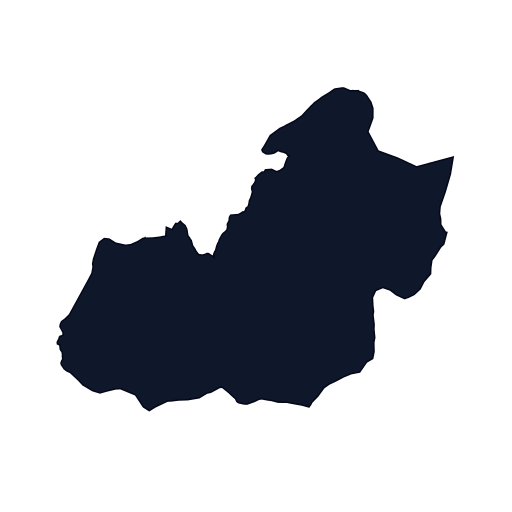 outline of Mashegu, Niger, Nigeria, rotated 173°
{"feature_id": "59680162B45761990386675", "entity_name": "Mashegu", "entity_type": "district", "adm_level": 2, "iso_a3": "NGA", "parent_name": "Nigeria", "parent_adm1": "Niger", "projection": "natural_earth1", "projection_center": [5.371, 9.82], "detail": "fine", "context": "isolated", "style": "filled", "palette": "ink", "viewbox_px": 512, "rotation_deg": 173, "n_neighbors": 0, "source": "geoboundaries", "source_scale": "gbopen_adm2", "svg_char_len": 3703}
<svg xmlns="http://www.w3.org/2000/svg" viewBox="0 0 512 512"><g transform="rotate(173 256 256)"><path d="M341.5,295.5L343.2,286.6L345.7,286.7L348.8,286.4L356.1,286.4L363.4,287.1L363.7,287.2L363.8,287.4L363.9,287.7L364.6,287.2L366.0,287.3L371.6,284.7L378.9,282.5L384.2,282.5L393.9,285.9L399.7,290.7L404.5,291.8L409.8,288.7L413.2,282.2L417.6,272.9L419.1,268.1L419.0,265.0L421.0,258.7L425.6,252.1L448.3,220.5L453.4,216.6L457.0,214.6L458.0,212.9L458.5,212.1L459.2,209.8L458.7,208.5L458.0,206.7L457.2,204.5L456.8,203.4L457.2,201.1L458.9,200.3L459.2,200.3L460.2,200.3L461.1,199.4L461.2,199.0L461.6,198.0L462.4,196.8L462.8,196.3L463.8,194.6L463.8,192.9L462.6,192.1L462.4,192.1L461.6,191.8L461.6,190.2L461.6,189.6L461.6,187.0L461.3,186.5L460.1,184.2L460.1,183.2L460.1,181.8L460.1,181.7L460.4,179.7L460.4,178.4L460.4,177.2L461.2,176.1L461.8,175.2L462.6,173.5L462.5,172.6L462.4,171.8L462.3,171.6L460.1,167.3L457.5,164.8L454.6,163.1L447.3,154.4L443.4,149.0L442.4,148.3L434.5,142.2L427.5,139.1L421.3,140.1L411.8,141.2L406.8,140.9L392.5,132.8L386.2,120.0L380.8,115.5L374.9,118.3L361.6,122.8L357.5,122.5L350.5,122.5L341.3,121.7L329.7,122.2L321.5,125.9L320.8,126.0L317.8,126.2L313.3,127.9L308.4,129.9L305.5,129.9L303.6,127.9L299.5,123.7L297.0,120.6L294.9,118.2L293.7,116.9L292.7,113.8L291.0,112.4L286.2,110.7L283.0,110.1L275.3,111.8L270.4,113.5L267.5,113.5L264.1,112.4L262.2,111.8L258.1,110.7L251.8,108.2L242.8,107.0L240.0,106.0L228.6,102.5L221.8,99.7L219.7,102.0L218.5,103.9L211.8,109.3L204.7,116.9L198.9,120.0L191.4,122.5L184.2,125.3L175.9,127.6L167.2,128.2L164.3,131.5L159.2,137.2L152.7,140.0L150.5,146.7L149.6,155.8L148.1,160.5L147.9,168.7L147.1,173.8L147.1,183.1L146.1,186.5L146.1,192.3L145.5,200.6L141.5,207.1L138.2,208.1L134.0,209.3L127.0,205.9L121.4,200.4L113.7,195.6L109.6,196.5L103.8,198.5L97.1,203.3L92.6,210.0L84.9,217.0L83.9,223.3L81.9,230.6L80.6,231.8L78.4,234.1L71.6,242.4L68.2,244.9L63.7,256.2L65.0,256.5L68.8,264.6L68.2,270.3L68.7,275.6L67.3,282.5L60.4,296.6L53.1,313.6L48.2,330.2L85.9,324.9L103.8,336.1L122.0,345.4L129.8,365.7L123.2,378.8L122.0,388.3L123.2,394.6L126.8,401.9L128.3,403.8L129.0,404.5L130.9,405.6L133.1,406.5L134.4,407.7L137.8,407.9L139.7,408.4L142.1,408.4L148.3,412.0L149.9,412.3L157.6,412.1L160.4,410.7L162.9,409.3L171.3,405.5L175.7,402.9L177.2,402.1L179.3,401.0L181.1,399.5L183.2,398.0L185.4,396.1L186.5,395.3L187.7,394.3L193.1,389.7L196.1,388.0L197.2,387.5L201.7,385.1L209.9,382.2L212.1,381.2L216.8,379.7L219.7,378.0L227.1,373.9L233.9,364.7L237.2,360.7L236.7,358.7L233.7,356.2L231.1,355.7L227.9,355.7L225.3,356.1L222.9,357.2L221.3,358.1L218.6,356.6L215.9,355.6L213.3,354.1L212.2,352.0L210.6,351.4L212.9,349.4L215.1,345.4L217.4,340.4L221.9,337.9L225.4,337.2L229.9,340.1L236.1,340.4L237.7,338.3L239.8,338.6L243.6,336.3L246.5,333.8L247.4,333.3L246.9,331.8L247.9,329.6L249.8,327.2L251.5,325.7L252.1,323.3L251.7,320.0L252.5,318.1L253.9,314.8L255.8,311.7L256.6,308.8L257.8,306.0L260.1,304.7L260.6,303.3L262.1,301.1L263.7,301.4L265.2,300.6L268.3,299.3L276.2,299.6L277.6,297.8L278.5,294.1L280.6,291.1L280.7,288.3L281.5,285.7L283.2,284.1L285.6,282.6L286.5,281.9L287.5,280.7L288.8,278.9L289.6,277.8L290.5,276.4L291.3,274.5L292.3,273.3L293.7,270.8L295.0,267.5L295.5,266.4L296.4,265.3L297.6,263.3L298.0,262.0L297.7,260.6L297.7,259.7L298.9,261.1L300.0,261.7L301.4,262.9L302.8,264.2L304.4,264.5L305.9,263.9L309.0,263.4L312.3,264.2L313.4,265.3L315.1,268.4L316.0,270.8L317.6,273.8L318.1,277.0L318.3,278.7L318.4,279.1L318.4,279.5L318.7,279.8L319.0,280.1L319.9,282.4L321.0,284.0L321.3,286.2L321.3,288.9L321.5,291.3L322.7,294.9L325.6,298.0L326.8,299.8L328.1,298.9L329.0,298.0L330.1,297.8L331.7,298.1L333.3,296.2L336.2,292.4L341.5,295.5Z" fill="#0f172a" stroke="#020617" stroke-width="1.5"/></g></svg>